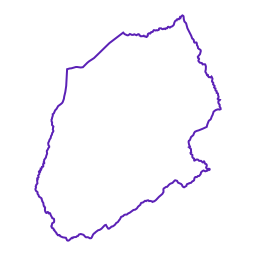 Namuno, Cabo Delgado, Mozambique (Equal Earth projection)
{"feature_id": "85939544B68242516881190", "entity_name": "Namuno", "entity_type": "district", "adm_level": 2, "iso_a3": "MOZ", "parent_name": "Mozambique", "parent_adm1": "Cabo Delgado", "projection": "equal_earth", "projection_center": [38.965, -13.738], "detail": "fine", "context": "isolated", "style": "outline", "palette": "violet", "viewbox_px": 256, "rotation_deg": 0, "n_neighbors": 0, "source": "geoboundaries", "source_scale": "gbopen_adm2", "svg_char_len": 5766}
<svg xmlns="http://www.w3.org/2000/svg" viewBox="0 0 256 256"><path d="M60.2,236.2L62.7,237.3L65.9,237.8L67.1,240.3L67.7,240.6L68.4,240.6L69.1,240.3L71.8,237.8L72.4,237.6L72.7,238.0L73.7,237.2L76.1,237.0L77.0,236.2L77.8,236.1L79.0,234.5L80.8,234.0L83.5,234.8L85.2,236.7L86.1,237.3L87.9,237.2L90.0,238.3L91.2,238.1L91.7,237.5L93.1,234.5L94.2,233.3L94.7,233.1L95.4,232.3L98.2,230.2L99.6,229.9L101.5,228.7L104.7,225.3L105.9,224.9L107.0,226.9L108.3,228.7L109.0,228.7L110.6,227.5L111.5,226.6L112.7,226.4L114.2,225.4L115.3,224.4L115.9,223.3L118.0,221.9L119.3,219.9L119.8,219.5L121.1,216.9L123.1,216.1L123.9,215.2L125.1,214.6L126.5,214.6L127.2,214.3L128.3,213.3L129.6,212.8L133.4,210.0L135.3,209.6L135.7,209.3L136.9,208.4L138.1,206.6L140.4,204.7L140.8,203.4L141.2,202.9L142.9,202.5L145.1,200.8L146.1,201.1L147.0,200.5L148.2,200.3L149.1,201.1L150.0,200.9L151.1,201.1L152.6,201.9L153.1,201.4L153.8,201.5L155.1,200.7L156.1,199.9L159.0,196.8L162.3,194.0L163.5,192.0L163.4,189.2L163.7,188.5L166.1,186.9L167.2,186.8L169.0,184.7L170.3,183.7L172.5,182.9L174.7,180.5L175.2,180.3L177.0,180.8L178.1,182.7L181.0,183.9L182.1,185.1L182.5,186.3L183.5,187.1L184.1,187.3L186.4,185.9L186.7,184.7L187.2,184.0L188.8,183.6L189.1,183.2L191.0,182.8L192.4,181.3L193.4,180.9L194.1,180.2L194.3,178.9L194.6,177.8L195.4,177.0L196.8,177.1L197.8,176.1L198.9,176.0L199.4,175.7L200.7,174.0L201.0,172.4L202.5,171.0L203.6,170.5L205.3,171.3L207.5,170.6L208.7,169.4L209.3,169.9L209.6,169.7L209.7,169.2L209.2,168.8L207.9,168.8L207.6,169.0L207.1,168.9L206.5,168.4L206.1,167.3L206.8,165.9L206.6,164.6L206.3,164.2L205.1,163.7L204.3,161.7L204.0,161.4L203.1,162.4L202.7,162.4L201.1,160.9L199.2,160.9L198.0,159.7L197.3,159.5L196.6,159.5L194.5,160.6L194.2,160.5L194.1,160.0L194.2,159.0L194.1,158.6L193.4,158.3L192.4,157.2L192.3,156.4L192.4,155.3L192.3,154.8L190.9,154.0L190.6,153.4L190.5,152.9L191.2,152.4L191.0,151.2L191.0,149.7L190.7,148.6L189.6,147.9L189.3,147.3L189.0,147.1L189.9,146.5L189.1,144.8L188.6,142.2L188.6,141.6L188.9,140.7L189.6,140.4L190.0,139.8L191.0,137.1L193.3,135.1L194.2,132.8L195.0,131.7L196.8,130.9L198.6,130.4L202.8,128.7L206.7,126.9L207.3,124.6L208.6,121.2L209.1,120.5L210.4,119.6L210.9,118.9L211.7,116.6L212.6,114.9L213.6,111.7L215.5,110.2L216.7,109.7L218.1,109.3L219.5,109.6L220.6,109.2L220.6,108.1L219.6,106.5L219.7,104.8L218.6,103.4L218.3,102.3L218.4,101.3L218.6,100.6L219.6,100.4L219.9,99.9L218.6,99.6L217.7,98.9L217.8,98.5L218.4,97.8L218.6,96.7L218.1,95.4L218.0,93.8L217.5,93.1L216.7,92.9L216.7,91.2L215.8,90.7L215.4,90.1L215.5,88.5L214.8,88.2L214.1,87.3L214.5,86.7L214.6,85.9L213.1,84.4L213.3,83.3L213.2,82.6L212.1,81.7L212.0,81.0L212.5,78.8L211.9,77.2L211.5,76.6L210.8,77.4L210.4,77.4L210.0,77.1L208.8,77.1L208.0,76.1L208.0,75.1L207.7,75.0L207.0,75.1L206.4,73.5L205.4,71.9L205.4,71.2L205.8,69.4L205.9,66.4L205.2,64.4L203.9,64.2L202.6,64.4L201.9,63.1L199.7,62.6L198.5,61.1L198.4,60.5L199.1,59.0L198.8,58.3L198.0,57.9L197.8,56.8L200.0,54.1L200.8,51.0L200.6,50.2L200.4,49.8L199.0,49.0L198.0,48.1L197.8,46.4L197.0,45.3L196.8,43.4L196.5,42.6L196.1,42.4L194.8,42.7L194.3,42.4L194.0,41.8L193.9,40.8L193.7,39.9L193.0,39.0L192.2,38.5L191.2,35.7L187.4,28.2L186.1,23.3L184.4,21.5L183.8,19.2L183.6,16.7L183.3,15.9L182.4,15.4L181.5,16.1L180.9,17.0L180.1,16.9L179.8,17.9L180.1,18.4L179.3,18.6L178.9,19.2L178.2,19.0L177.9,19.3L177.0,19.4L176.7,20.3L176.1,20.3L175.1,21.1L174.4,22.5L173.8,24.8L172.8,25.9L171.7,26.6L170.7,26.9L169.9,27.6L168.5,26.8L167.9,26.9L167.2,28.2L166.1,28.2L165.5,29.0L165.2,29.1L164.2,28.6L162.8,29.2L162.0,29.0L161.1,28.3L159.7,28.3L159.3,28.4L159.0,28.8L158.9,29.7L158.7,29.9L157.4,30.4L156.3,30.2L155.6,30.5L154.3,30.2L153.7,30.2L152.6,31.9L151.2,32.1L151.0,32.7L150.2,33.0L149.9,33.6L149.0,33.3L148.1,33.8L147.8,34.4L147.8,35.7L146.6,37.0L146.3,37.0L146.2,36.7L145.8,36.4L144.4,36.4L143.8,35.7L143.1,36.1L140.9,36.3L140.4,35.8L139.6,35.6L139.3,34.6L138.6,34.2L137.9,34.3L136.5,35.2L134.2,34.3L133.4,34.8L132.0,34.9L129.9,34.0L128.4,35.2L127.3,35.3L124.6,34.1L123.2,32.6L109.4,43.1L94.0,58.1L89.1,61.3L87.4,62.7L82.9,67.2L80.7,67.5L77.2,67.0L75.9,67.0L71.4,68.3L69.6,68.5L67.1,69.2L66.2,85.9L65.3,92.0L64.2,96.6L63.9,98.8L62.8,101.9L62.1,103.0L60.7,104.2L58.1,106.1L56.6,108.8L55.1,110.4L53.9,113.2L53.4,113.8L52.7,114.2L52.8,115.6L52.0,118.1L52.0,118.8L51.5,119.6L51.6,121.1L51.6,121.6L52.1,122.2L52.0,124.8L52.2,125.2L53.4,126.5L53.3,127.1L53.0,127.7L53.0,128.5L52.8,129.4L53.4,131.0L52.8,132.3L52.2,133.0L51.9,134.7L51.1,135.9L50.6,138.2L49.6,139.6L48.9,141.6L48.3,142.7L48.2,143.4L48.5,145.3L49.2,146.2L49.2,147.1L48.3,148.2L47.7,149.7L47.0,150.5L46.8,151.1L47.1,153.7L46.3,155.6L45.9,157.5L44.2,159.8L44.1,161.2L43.7,162.0L43.8,162.4L44.2,162.6L44.2,163.3L43.5,163.4L43.1,164.2L43.3,166.3L43.0,166.7L41.9,166.9L41.7,168.1L41.5,168.6L40.7,168.6L40.7,169.1L41.1,169.6L41.1,169.8L40.6,170.4L40.1,170.2L39.9,170.5L40.2,171.2L40.1,172.0L39.7,172.2L39.4,171.6L39.1,171.4L38.9,171.6L38.9,172.0L39.5,172.6L39.3,173.1L39.3,174.1L38.1,175.6L38.6,177.1L38.1,177.8L37.2,178.3L37.2,178.8L37.6,179.2L37.7,179.6L37.1,180.1L37.4,183.5L36.3,184.7L36.1,185.8L35.7,186.3L36.0,187.7L35.4,189.0L35.5,189.8L36.2,191.1L37.3,191.8L37.6,192.5L37.5,193.5L37.7,194.0L38.6,195.2L38.9,196.5L41.3,198.1L41.7,198.8L41.7,199.6L42.2,200.5L42.2,201.2L43.4,203.1L43.4,204.0L43.8,206.0L44.0,206.3L44.6,206.6L44.7,207.5L45.1,207.8L44.9,209.9L45.3,211.7L46.2,212.9L46.6,213.0L46.8,212.9L47.2,212.2L47.8,212.0L48.4,212.4L48.7,213.2L48.9,213.5L49.3,213.4L49.5,213.1L50.1,213.3L50.9,215.5L52.0,217.4L52.3,218.2L53.6,218.6L54.0,219.0L54.2,221.0L53.9,222.3L52.2,223.3L51.8,225.1L51.8,225.9L51.3,226.2L51.9,227.8L53.4,228.5L53.8,229.9L54.3,230.0L54.6,230.8L56.4,232.9L56.5,233.6L57.3,234.3L57.8,235.2L58.4,235.3L58.8,235.0L59.4,235.0L60.1,235.7L60.2,236.2Z" fill="none" stroke="#5b21b6" stroke-width="2"/></svg>